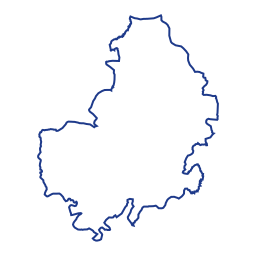 the district of Bo, Southern, Sierra Leone
{"feature_id": "65957751B93581480515289", "entity_name": "Bo", "entity_type": "district", "adm_level": 2, "iso_a3": "SLE", "parent_name": "Sierra Leone", "parent_adm1": "Southern", "projection": "mercator", "projection_center": [-11.769, 7.985], "detail": "fine", "context": "isolated", "style": "outline", "palette": "blue", "viewbox_px": 256, "rotation_deg": 0, "n_neighbors": 0, "source": "geoboundaries", "source_scale": "gbopen_adm2", "svg_char_len": 5826}
<svg xmlns="http://www.w3.org/2000/svg" viewBox="0 0 256 256"><path d="M178.8,198.6L181.8,196.4L183.2,194.8L184.0,193.6L184.1,190.4L185.1,188.7L187.2,188.6L188.0,189.9L189.5,190.1L189.8,191.3L190.6,191.6L190.8,192.7L191.2,193.3L191.8,193.3L191.7,192.7L192.7,192.1L192.8,193.0L194.0,192.9L194.4,193.2L194.8,191.5L196.3,191.6L196.7,190.7L197.7,191.3L198.4,189.1L198.9,188.8L198.7,186.8L199.7,185.8L200.4,185.7L199.4,184.3L199.7,183.6L200.6,183.1L199.8,182.3L199.8,181.8L200.8,181.3L200.1,180.7L201.0,179.4L201.7,179.8L202.6,179.7L203.2,176.3L202.5,176.0L202.4,175.3L203.0,174.7L203.1,173.9L202.4,173.7L201.5,172.4L201.2,171.3L200.7,171.2L200.3,170.6L200.1,168.5L199.4,167.4L199.0,165.7L198.3,165.6L197.8,164.3L196.7,164.4L195.9,164.9L194.8,165.2L193.1,166.8L192.1,167.3L192.1,168.3L191.0,169.6L190.8,170.7L189.1,171.3L188.5,172.0L188.8,172.4L188.2,172.7L188.2,173.5L187.3,173.9L185.2,173.6L183.9,173.3L182.8,172.6L183.1,171.4L185.3,169.5L184.3,168.1L184.5,166.1L185.7,164.5L185.3,163.1L184.7,162.2L186.3,158.2L187.9,155.6L189.7,155.1L191.6,154.1L192.9,152.8L193.3,150.9L192.4,149.1L192.7,148.0L192.5,147.6L193.0,146.3L194.0,145.5L195.0,145.1L195.5,144.2L197.2,144.0L197.9,143.1L198.7,144.0L199.3,144.1L199.6,144.7L200.7,145.1L201.7,144.5L203.6,144.6L205.5,144.2L206.2,145.3L207.0,145.2L206.8,143.6L205.9,142.3L205.6,141.2L205.6,138.9L210.4,137.4L212.4,134.7L213.7,133.5L212.9,133.3L212.1,132.4L212.2,131.2L211.6,130.3L210.8,126.2L207.2,123.9L206.2,122.7L206.2,121.0L206.8,119.7L208.4,118.8L210.1,119.2L217.2,119.8L217.6,119.2L217.5,117.5L217.8,116.0L217.1,114.8L217.5,113.1L217.9,103.6L217.3,102.4L216.5,99.2L215.9,98.2L216.2,97.1L215.4,95.9L212.9,96.1L210.3,95.3L206.8,94.8L203.6,94.9L202.7,94.0L203.1,92.2L202.8,91.6L203.6,90.1L202.6,88.2L204.3,86.2L206.2,84.7L207.2,82.9L207.4,81.2L205.7,80.3L205.3,77.8L203.6,77.5L203.1,76.4L203.4,75.1L203.4,73.6L200.7,72.6L199.6,72.0L197.4,71.7L195.0,71.9L193.1,68.6L189.8,64.7L188.2,60.6L188.0,58.0L188.3,54.4L186.2,51.3L183.4,48.3L181.2,46.4L175.6,45.3L172.0,43.1L171.0,41.9L169.3,35.7L169.4,28.4L167.6,24.9L165.8,23.2L162.5,21.4L161.4,20.1L161.4,16.8L160.9,15.4L156.6,17.3L153.8,18.3L147.4,18.8L143.5,18.9L141.1,19.3L140.1,19.3L137.1,18.5L134.7,18.2L130.5,16.5L130.0,17.6L129.8,18.9L130.6,20.2L130.4,21.0L131.1,22.0L131.1,23.6L130.3,24.0L130.0,24.4L130.3,24.8L129.7,26.4L128.7,26.2L128.4,26.5L128.9,27.5L128.3,28.3L127.9,30.3L126.7,30.3L126.3,30.8L125.1,32.4L125.2,32.8L124.4,34.4L124.0,34.6L123.9,33.9L123.3,34.2L123.3,35.0L123.5,35.4L123.3,36.0L122.9,35.9L122.9,35.4L122.4,35.5L122.3,36.1L122.6,36.4L122.3,36.9L120.9,36.6L119.3,37.5L119.0,36.9L118.3,37.7L117.8,37.7L117.5,38.1L117.3,38.9L116.8,39.3L115.9,38.9L115.7,39.2L114.2,39.3L111.9,40.8L111.3,41.5L110.9,43.5L109.7,44.7L110.8,49.6L110.7,50.3L111.0,50.6L112.6,49.6L113.7,49.8L114.3,50.2L114.3,49.3L115.7,48.4L116.8,48.1L117.6,48.8L117.5,49.7L118.1,50.9L118.5,54.4L119.4,57.4L119.0,61.0L112.6,60.8L109.0,61.2L107.6,61.7L106.6,61.6L106.1,62.0L106.2,63.8L106.6,64.5L110.1,66.9L114.0,70.1L113.8,72.9L114.6,74.7L114.5,79.7L114.2,82.5L113.6,85.2L112.6,86.4L113.1,87.0L112.6,87.2L112.6,87.7L112.1,87.8L111.8,88.5L111.3,89.3L111.3,90.5L110.4,90.0L109.5,89.9L104.7,90.0L102.1,91.0L98.4,93.2L96.0,96.1L95.0,98.4L93.2,101.1L91.1,107.2L89.1,109.5L89.1,110.3L89.8,111.6L93.0,114.0L96.8,118.1L96.6,118.8L94.6,121.2L94.2,122.8L94.2,123.7L95.0,124.7L96.7,126.0L94.8,126.6L94.2,127.2L90.1,124.4L86.6,124.0L83.6,123.3L79.7,123.2L78.0,122.6L74.6,121.9L68.6,121.6L67.6,121.9L66.6,122.6L65.7,124.3L62.5,128.0L58.3,130.6L57.2,130.9L56.4,130.9L55.8,129.7L53.8,129.7L53.2,129.4L50.5,129.1L49.4,129.5L48.4,129.5L47.8,129.8L45.1,130.0L44.7,130.3L42.8,129.9L42.0,130.4L41.2,132.2L40.3,132.2L39.3,134.5L39.5,135.2L39.4,136.6L39.8,137.2L40.4,137.4L40.7,138.2L40.7,139.8L41.2,141.8L40.6,144.9L41.0,146.1L40.2,147.8L40.0,148.8L40.2,150.6L40.6,152.2L38.6,155.0L38.2,155.8L38.1,157.0L38.7,158.1L40.6,159.7L40.8,160.7L40.0,163.6L39.8,165.8L40.4,167.2L40.3,169.5L41.2,169.9L41.9,170.8L42.0,171.3L41.9,171.8L40.3,172.4L40.2,172.9L41.2,174.4L41.1,175.4L40.5,176.3L40.3,177.1L40.5,177.6L43.3,180.2L43.5,182.0L45.3,185.1L45.7,186.4L46.5,187.3L46.6,188.2L46.7,189.5L45.9,190.8L45.0,192.9L44.7,194.5L46.7,196.3L47.7,196.4L51.9,194.1L53.0,193.7L59.5,193.6L60.9,194.6L63.1,197.0L64.0,199.0L65.8,201.2L67.4,200.7L68.6,198.8L69.7,198.7L70.2,198.9L70.7,200.3L72.1,200.1L72.9,200.3L73.3,200.7L73.8,202.2L74.4,202.6L75.7,202.5L76.3,201.7L76.5,201.8L76.9,202.7L76.9,203.7L76.0,205.7L74.8,206.1L72.3,205.3L71.4,205.1L70.5,205.3L69.4,206.6L69.1,207.3L70.4,212.0L70.9,213.1L71.2,215.1L72.2,215.0L78.5,213.3L80.8,213.1L81.3,213.4L80.8,214.1L78.9,215.1L76.9,217.7L76.3,219.2L74.2,221.8L73.5,223.0L73.0,224.6L73.6,226.1L74.7,227.5L78.0,229.5L80.4,229.7L81.7,229.5L82.3,229.8L84.2,229.5L87.2,229.4L89.1,228.4L91.8,229.9L93.1,230.8L93.9,232.1L97.3,234.1L94.4,237.1L92.8,238.4L93.9,239.7L96.0,240.6L97.2,240.6L99.5,240.1L101.1,239.2L102.2,234.7L101.7,233.5L100.0,231.8L99.0,229.9L100.2,228.4L101.1,227.7L102.2,227.5L104.1,228.9L104.7,229.7L106.6,229.6L107.5,230.0L109.7,230.0L110.1,229.5L109.6,227.8L108.6,226.7L105.8,224.7L104.3,222.7L106.1,219.9L109.0,217.4L111.9,217.6L113.3,217.3L114.2,216.0L115.4,215.3L116.6,217.2L121.7,213.5L124.8,207.9L125.8,206.4L126.8,205.6L127.1,203.8L128.0,202.3L127.4,201.3L127.5,199.9L129.8,198.9L132.8,199.3L132.8,201.4L132.1,203.5L132.4,204.7L133.6,206.4L132.0,208.4L131.1,210.0L130.5,212.3L127.8,217.1L128.1,218.9L131.4,223.3L132.2,225.2L133.6,225.6L133.0,223.9L133.5,223.5L133.5,222.8L134.7,222.4L135.0,221.1L136.5,220.1L138.4,217.8L138.4,214.4L139.1,213.5L139.7,212.2L141.5,209.9L142.5,207.6L143.9,206.6L148.1,206.6L148.7,206.3L153.1,206.2L155.8,205.7L157.4,206.9L158.6,208.2L161.8,208.3L163.3,207.8L165.3,205.1L165.8,203.0L167.3,200.0L168.5,198.7L171.2,196.9L174.2,196.8L177.8,198.0L178.8,198.6Z" fill="none" stroke="#1e3a8a" stroke-width="2"/></svg>